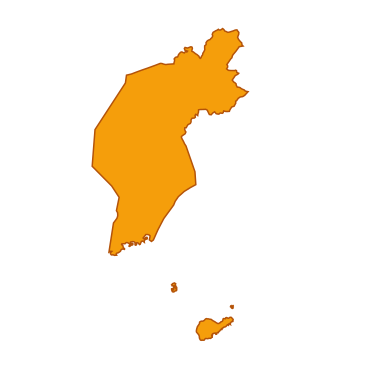 Rompin, Pahang, Malaysia (Robinson projection), rotated 70°
{"feature_id": "92858781B70055833536426", "entity_name": "Rompin", "entity_type": "district", "adm_level": 2, "iso_a3": "MYS", "parent_name": "Malaysia", "parent_adm1": "Pahang", "projection": "robinson", "projection_center": [103.679, 2.92], "detail": "fine", "context": "isolated", "style": "filled", "palette": "amber", "viewbox_px": 384, "rotation_deg": 70, "n_neighbors": 0, "source": "geoboundaries", "source_scale": "gbopen_adm2", "svg_char_len": 5989}
<svg xmlns="http://www.w3.org/2000/svg" viewBox="0 0 384 384"><g transform="rotate(70 192 192)"><path d="M48.9,107.3L49.5,109.5L49.3,110.5L48.9,111.2L48.1,111.6L48.5,112.9L48.6,114.5L49.2,117.6L50.8,119.1L52.2,119.1L53.1,119.7L54.0,120.9L54.2,121.8L54.9,122.8L54.9,124.7L55.3,126.1L56.4,127.7L58.3,128.3L59.0,130.1L61.1,130.9L62.6,131.3L64.2,132.8L65.3,134.3L66.8,135.2L67.9,136.9L68.9,137.5L69.2,138.6L68.1,139.0L66.7,139.1L64.4,140.4L63.4,141.3L60.9,142.8L59.7,144.0L58.7,143.6L57.4,142.6L56.2,142.4L55.6,142.6L55.1,143.7L55.2,145.9L55.1,147.3L54.5,148.0L53.8,149.1L54.5,150.1L56.2,150.2L56.9,149.5L58.1,148.0L58.7,149.0L57.9,149.8L58.0,150.6L58.7,151.5L58.0,152.6L56.9,153.6L56.8,155.0L58.2,157.6L59.0,158.2L60.2,159.4L59.8,160.6L59.9,161.7L60.9,163.3L61.8,163.1L63.0,163.7L64.6,164.8L65.4,165.2L63.7,171.1L63.3,173.0L62.3,174.7L60.9,176.4L60.3,177.9L60.4,183.6L60.4,191.6L60.3,197.2L60.3,202.8L60.4,208.6L59.8,213.6L66.8,217.3L100.2,261.8L133.7,277.0L158.9,265.4L172.1,262.3L183.7,269.4L186.0,269.0L188.6,269.8L189.5,270.3L191.1,271.6L194.3,276.4L220.1,290.6L219.8,288.8L220.4,287.7L221.1,289.3L221.7,289.7L222.3,289.7L223.5,289.3L223.8,288.6L224.0,287.6L225.0,286.6L225.6,284.4L224.7,284.5L224.1,284.3L223.7,283.3L223.9,282.3L223.5,280.4L223.1,279.4L222.3,278.7L221.8,277.8L221.9,276.7L222.1,276.0L222.8,275.2L222.5,274.8L221.6,275.1L220.7,275.6L218.8,275.3L217.9,275.9L217.2,276.1L216.7,275.6L217.7,272.5L217.1,271.5L217.2,270.5L217.7,269.8L218.5,269.1L220.6,267.8L220.8,269.2L221.3,269.7L221.8,269.2L221.5,268.1L221.1,267.2L221.4,266.3L221.2,265.6L220.5,265.2L219.9,265.6L219.6,267.0L219.0,267.5L218.0,266.9L218.2,265.1L218.5,264.2L219.3,263.2L220.1,262.8L221.2,263.3L222.2,263.6L222.7,263.2L222.7,262.4L222.3,262.0L221.7,261.9L220.8,261.4L220.9,260.8L221.2,260.3L223.5,259.2L223.4,258.5L222.6,257.9L221.1,256.4L221.3,255.0L222.9,254.0L222.0,253.8L220.8,252.8L220.7,251.5L220.7,250.1L219.8,249.7L219.1,249.9L219.0,251.0L219.5,252.1L219.3,253.5L218.5,253.7L216.2,249.9L216.9,248.0L217.8,246.9L218.9,246.4L220.1,247.0L221.9,248.2L222.5,248.4L224.6,247.0L223.9,244.7L215.8,236.9L207.3,227.6L198.0,213.7L195.0,211.0L191.7,206.4L188.8,199.1L187.3,192.0L186.4,185.9L174.0,182.3L146.7,181.9L144.2,182.5L141.8,182.7L138.3,183.2L136.6,183.2L135.9,182.2L134.9,178.5L133.5,177.2L132.6,177.5L130.8,177.5L129.2,176.8L129.6,175.4L128.6,174.4L127.3,172.7L127.0,170.1L125.8,168.9L123.8,168.2L122.7,166.7L123.3,164.6L122.9,163.3L121.0,162.9L120.3,161.8L122.1,160.5L120.7,159.8L119.2,158.6L117.0,157.7L117.3,156.1L118.3,153.1L119.0,150.8L120.3,149.7L125.1,149.2L126.0,147.6L124.8,145.3L124.4,143.3L126.7,142.5L127.7,140.9L128.0,140.0L127.4,138.5L128.4,136.6L128.2,135.7L126.7,134.5L127.9,132.7L128.6,130.8L129.0,129.3L128.0,128.5L126.8,127.1L125.7,125.5L125.8,123.1L124.4,121.6L123.6,120.6L121.6,119.9L121.5,118.9L119.8,116.5L119.2,114.2L119.7,111.7L119.2,109.4L116.9,105.0L115.4,107.4L114.1,107.9L111.9,110.2L110.3,111.2L109.5,112.3L108.9,113.6L106.8,113.9L105.4,113.6L103.8,114.4L102.9,115.2L100.6,115.9L97.4,111.5L97.0,108.6L96.4,107.5L95.0,109.0L93.1,108.7L92.4,109.5L92.5,110.3L91.0,114.3L90.1,116.2L88.1,117.4L86.8,115.7L85.3,115.3L84.2,115.7L80.2,110.1L79.5,108.6L77.9,107.5L77.0,106.5L74.9,102.8L71.6,97.9L72.3,94.1L71.0,94.7L68.7,94.3L67.5,95.0L64.4,96.1L62.1,96.2L59.7,94.1L58.0,93.4L56.4,94.0L55.0,94.3L54.6,96.0L54.7,98.2L54.5,102.5L54.2,103.8L52.9,105.0L52.0,106.1L50.3,106.5L48.9,107.3ZM326.8,197.8L326.5,197.5L326.3,197.1L325.7,196.9L325.3,197.1L324.8,197.4L323.4,197.8L322.9,198.6L322.8,199.1L322.8,199.5L323.1,200.4L323.1,200.9L322.9,201.4L322.3,201.9L321.8,202.5L321.7,202.9L321.7,203.2L322.4,203.7L322.5,204.0L322.2,204.3L322.0,205.2L321.7,205.7L321.9,206.2L323.1,206.9L323.7,207.5L323.9,208.0L323.9,209.2L324.5,210.4L324.5,211.0L324.7,211.6L324.5,212.6L323.4,213.7L321.6,215.0L320.3,216.2L318.1,217.7L317.6,218.9L316.9,219.8L316.5,220.9L316.0,221.5L315.9,222.1L316.0,222.8L316.9,224.6L317.0,225.5L317.0,226.3L316.5,227.6L316.7,228.9L316.9,229.4L318.2,230.0L318.6,230.5L320.4,233.0L322.4,234.5L323.4,235.1L324.2,235.5L325.1,235.7L326.6,235.2L328.5,234.5L330.1,234.5L331.5,234.9L332.4,235.0L333.7,234.8L334.2,234.5L334.5,234.1L334.6,233.4L335.3,231.6L335.3,231.0L334.5,230.0L334.3,229.4L334.6,228.7L335.3,227.3L335.3,226.8L335.2,226.2L335.4,225.7L335.7,225.2L335.9,224.6L335.8,224.0L335.3,223.5L335.1,222.9L335.3,222.6L334.9,222.4L333.6,222.5L333.7,221.9L333.2,221.5L332.8,221.8L332.3,221.2L332.2,220.0L332.4,218.7L332.6,218.2L333.0,218.1L333.5,218.4L333.9,218.2L334.0,217.6L333.8,217.2L333.0,216.9L332.8,215.8L333.2,215.5L333.0,215.1L332.5,214.8L331.9,213.1L331.6,212.9L331.2,212.2L331.4,211.4L330.9,211.3L330.6,211.1L330.5,210.6L331.0,210.4L330.2,209.3L329.9,208.3L330.1,207.2L330.0,206.2L329.8,205.9L329.7,205.5L329.3,204.8L329.0,204.3L328.8,204.1L328.9,203.6L329.1,203.6L329.4,203.5L329.4,203.3L329.6,203.2L328.7,202.6L328.5,202.4L328.6,202.2L328.4,202.0L328.4,201.8L329.0,201.7L329.5,201.3L329.2,201.3L328.7,201.1L328.6,200.8L328.3,200.6L327.8,200.0L327.4,199.0L327.7,198.1L327.4,197.7L327.2,197.8L326.8,197.8ZM275.6,238.8L275.3,239.5L276.1,242.6L276.2,243.5L276.0,244.2L276.6,244.3L276.8,244.6L277.2,244.6L277.0,244.0L277.2,243.8L276.8,242.8L277.0,242.4L277.2,242.5L277.4,242.8L278.2,244.3L278.8,244.6L279.3,244.2L279.7,243.3L279.1,240.9L279.4,240.4L279.3,240.2L278.2,239.6L278.1,239.9L277.9,240.0L277.2,240.1L277.2,239.8L277.3,239.7L277.2,239.4L276.4,239.0L276.1,239.3L275.6,239.3L275.6,238.8ZM273.4,239.5L272.7,238.7L272.2,239.0L271.7,239.4L271.5,239.5L271.6,240.3L271.4,240.5L271.5,241.6L272.2,242.9L272.4,242.8L272.6,242.5L273.2,242.8L273.7,241.7L274.4,241.8L274.3,240.6L274.0,240.2L274.3,239.8L274.1,239.4L273.4,239.5ZM314.3,193.3L313.7,193.1L313.5,192.7L313.5,192.4L313.3,192.2L312.8,192.2L312.7,192.5L312.8,192.6L313.1,193.0L313.5,193.2L313.5,193.5L313.4,193.9L312.2,194.0L312.3,194.6L313.0,195.1L313.8,194.6L314.3,194.6L314.7,194.4L314.7,194.0L315.2,193.9L315.3,193.5L314.9,192.9L314.6,193.0L314.3,193.3Z" fill="#f59e0b" stroke="#b45309" stroke-width="1.5"/></g></svg>